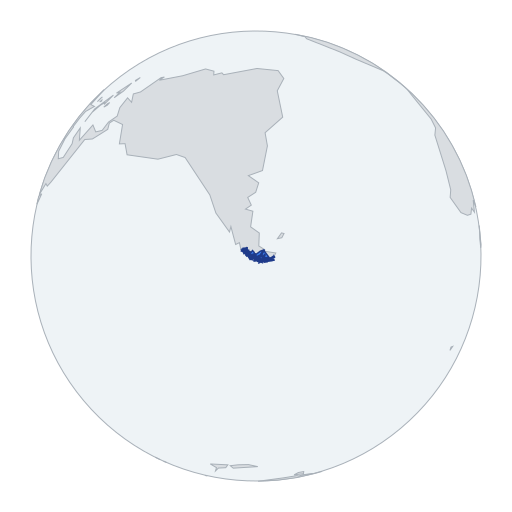 the Earth from above Magallanes y Antártica Chilena, rotated 320°
{"feature_id": "CHL-2692", "entity_name": "Magallanes y Antártica Chilena", "entity_type": "Region", "adm_level": 1, "iso_a3": "CHL", "parent_name": "Chile", "parent_adm1": "", "projection": "orthographic", "projection_center": [-72.604, -52.278], "detail": "fine", "context": "on_globe", "style": "filled", "palette": "blue", "viewbox_px": 512, "rotation_deg": 320, "n_neighbors": 0, "source": "natural_earth", "source_scale": "10m", "svg_char_len": 9223}
<svg xmlns="http://www.w3.org/2000/svg" viewBox="0 0 512 512"><g transform="rotate(320 256 256)"><circle cx="256" cy="256" r="225" fill="#eef3f6" stroke="#a8b0b8"/><path d="M49.4,345.3L49.8,346.0L49.9,346.3L49.4,345.3ZM128.0,70.6L131.9,70.6L125.6,73.6L121.4,75.5L124.7,73.0L124.2,73.3L128.0,70.6ZM246.7,30.9L245.6,31.0L245.3,31.0L246.7,30.9ZM245.2,31.0L246.0,31.1L226.8,33.8L228.4,37.6L218.4,35.7L209.7,37.0L199.1,39.4L199.1,39.9L185.1,43.4L172.2,48.9L167.1,54.4L171.7,56.6L187.3,51.8L192.1,48.1L203.7,44.9L195.1,53.8L215.3,50.8L213.0,57.9L218.9,60.9L229.1,58.6L239.6,59.6L247.1,54.8L259.3,52.3L259.5,58.3L266.2,53.0L273.0,56.1L297.2,58.3L295.4,59.5L315.7,70.8L337.6,80.3L342.6,87.4L340.0,90.1L347.6,93.8L347.7,96.3L377.3,113.0L392.1,128.2L391.4,137.9L378.5,143.1L365.7,166.8L342.2,167.4L335.5,179.0L315.9,194.7L301.8,189.5L305.1,201.7L296.7,207.0L287.3,205.8L285.1,214.0L278.1,213.3L282.4,219.7L270.6,230.2L273.3,240.5L264.6,250.1L266.7,256.6L263.6,256.2L260.2,258.5L259.7,262.2L250.4,256.0L248.2,242.0L251.9,235.1L247.8,234.1L255.7,217.3L251.1,220.6L252.9,197.3L259.9,179.5L265.0,135.0L260.3,127.1L243.1,118.8L222.3,95.6L227.9,85.8L223.4,82.3L238.3,69.5L234.3,60.6L229.1,59.9L223.8,63.7L205.9,61.2L199.7,56.7L146.2,67.6L141.0,68.3L141.6,65.5L129.4,69.7L144.3,60.3L160.0,52.2L176.3,45.3L193.0,39.7L210.2,35.4L227.6,32.5L245.2,31.0ZM227.1,39.6L250.2,41.1L237.0,42.3L239.5,41.4L233.7,40.5L222.8,40.6L211.2,43.1L227.1,39.6ZM237.7,35.6L233.7,35.8L237.6,35.4L237.7,35.6ZM265.9,269.4L251.1,258.3L259.5,263.1L265.5,257.7L273.1,266.4L265.9,269.4ZM283.5,256.5L290.4,254.7L291.9,256.8L287.5,258.6L283.5,256.5ZM456.0,359.8L458.3,352.8L451.5,362.8L451.9,357.9L447.5,362.1L444.1,360.7L440.9,354.5L442.4,335.9L447.7,330.5L456.4,312.7L470.7,278.4L475.9,273.3L478.2,263.7L478.7,232.0L479.0,225.1L477.8,217.1L476.1,210.3L474.1,200.9L472.6,196.0L459.0,169.4L451.4,153.5L434.4,122.1L434.5,119.6L428.5,111.3L438.9,124.5L448.1,138.2L456.2,152.7L463.2,167.6L469.2,183.1L473.9,198.9L477.5,215.1L479.9,231.5L481.1,248.0L481.1,264.5L479.9,281.0L477.4,297.4L473.8,313.5L469.0,329.4L463.0,344.8L456.0,359.8ZM297.9,58.4L300.9,60.0L297.0,59.4L297.9,58.4ZM235.1,44.1L240.0,43.9L242.6,44.4L238.8,44.9L235.1,44.1ZM276.5,44.0L282.1,44.9L276.2,44.8L276.5,44.0ZM253.8,41.5L272.0,43.6L260.5,44.5L249.1,43.6L257.0,43.1L253.8,41.5ZM235.3,37.5L238.3,37.4L237.4,38.1L235.3,37.5ZM240.6,35.4L239.4,35.5L237.9,35.3L240.6,35.4ZM348.6,451.7L343.9,453.0L346.9,451.1L348.6,451.7ZM435.7,391.9L433.4,394.2L438.5,386.7L443.9,379.8L446.6,376.1L435.7,391.9ZM102.2,403.9L101.5,400.1L108.0,404.4L116.1,410.9L122.0,418.5L102.2,403.9ZM154.0,451.8L152.4,453.3L144.5,448.1L149.3,449.1L154.0,451.8ZM96.7,398.7L90.9,394.3L86.8,394.6L89.7,392.7L87.3,385.9L100.2,397.9L96.7,398.7ZM112.8,429.9L134.9,443.9L146.1,450.5L147.4,452.0L152.3,454.4L158.7,458.3L160.8,460.1L165.6,462.3L162.3,460.9L144.9,452.0L128.4,441.6L112.8,429.9ZM164.1,461.7L167.6,463.2L168.2,463.5L164.1,461.7ZM76.3,391.9L75.8,391.2L77.3,393.2L76.3,391.9ZM53.6,354.6L53.4,353.6L54.9,356.9L53.6,354.6ZM49.9,346.3L51.7,350.5L49.4,345.3L49.9,346.3Z" fill="#d9dde1" stroke="#a8b0b8" stroke-width="1"/><path d="M254.5,244.1L253.5,245.2L253.7,247.6L254.7,250.1L256.8,249.6L256.9,251.9L256.4,253.1L257.5,254.8L262.4,255.1L266.0,256.4L266.0,256.6L264.1,255.9L263.0,257.1L260.1,257.8L259.8,261.9L259.1,262.3L256.4,260.4L257.8,259.7L257.9,260.6L257.4,261.0L257.8,260.9L258.0,260.7L258.0,259.7L259.5,258.6L258.9,257.8L257.4,259.3L256.8,259.0L256.1,259.1L257.0,259.6L255.9,260.1L256.6,261.0L254.6,259.8L254.4,259.5L255.7,260.0L255.1,258.2L255.6,257.9L255.8,257.7L255.7,258.3L256.4,258.3L257.1,257.5L258.7,257.5L255.4,256.9L255.1,257.7L255.8,257.5L255.0,258.2L255.1,259.1L254.6,259.3L254.0,258.8L254.6,258.4L253.7,258.1L254.5,258.0L255.3,256.9L254.6,256.6L254.4,257.6L254.1,257.1L254.1,257.4L253.4,257.7L253.9,256.8L253.3,255.0L254.3,255.8L255.0,255.2L254.9,255.8L255.4,255.9L255.5,254.7L256.2,255.8L255.2,256.7L256.2,256.7L256.3,255.7L255.8,254.8L256.3,254.1L255.8,253.3L254.8,252.6L254.4,252.9L256.1,254.0L254.4,253.4L255.1,254.1L254.5,254.4L255.2,254.4L254.5,255.3L254.2,253.8L254.1,253.6L254.3,255.6L253.7,255.1L253.5,254.2L254.1,255.0L253.6,253.9L253.9,253.7L253.3,254.0L252.7,252.6L253.5,253.5L253.3,251.5L252.2,251.8L252.4,250.8L251.9,250.8L253.0,250.8L253.1,249.7L253.8,249.7L253.2,249.3L253.6,248.7L252.4,250.3L251.8,249.0L252.8,249.2L252.5,248.5L250.7,247.8L251.6,247.4L252.0,248.1L252.9,248.2L251.6,247.1L252.8,247.4L252.7,246.5L251.6,246.6L252.3,246.0L251.6,245.7L253.2,246.0L252.1,244.8L252.2,244.2L252.5,244.4L252.8,244.5L252.3,243.5L252.8,243.3L252.3,243.2L251.9,245.2L251.3,244.7L251.4,242.1L254.5,244.1ZM265.0,266.2L264.0,266.7L262.0,265.5L261.9,266.2L261.2,266.1L261.4,265.6L260.2,266.1L260.9,265.3L259.6,265.9L259.8,265.2L259.0,265.5L259.1,264.9L258.5,265.5L257.4,264.8L258.8,264.3L259.5,264.8L260.1,264.1L260.6,264.2L260.3,264.5L260.2,265.2L260.6,264.4L261.6,265.0L259.9,263.3L261.6,264.5L261.9,263.9L262.4,265.1L262.3,264.0L263.7,264.7L263.3,265.4L263.3,265.6L264.2,264.8L262.0,263.3L261.6,262.2L263.6,261.1L263.6,260.4L261.6,260.8L261.0,260.1L261.2,259.0L262.0,258.6L261.2,258.0L262.4,258.4L263.6,256.9L264.3,257.8L265.5,257.7L265.0,266.2ZM249.9,246.7L248.7,244.5L249.5,245.2L249.0,244.3L250.1,244.6L250.3,243.0L249.6,242.5L251.0,242.0L251.3,246.9L250.2,246.8L250.6,246.5L250.2,245.6L250.6,245.7L250.2,245.3L250.8,244.6L249.9,245.1L249.9,246.7ZM266.2,269.5L264.3,268.9L264.5,267.7L264.1,267.9L263.8,267.5L263.8,267.9L263.6,267.4L263.1,267.5L263.7,268.9L262.3,268.0L263.0,267.5L261.8,267.4L262.8,267.4L262.9,267.0L265.4,266.7L265.6,267.2L265.0,267.5L264.0,267.1L265.8,268.0L265.2,268.2L264.8,268.0L264.6,268.0L265.9,268.6L266.2,269.5ZM256.2,263.1L255.1,263.1L255.9,262.2L255.5,262.1L254.4,262.7L254.5,261.7L253.6,261.3L255.2,261.5L254.1,260.7L255.0,260.4L255.3,261.5L255.4,260.6L255.8,261.5L256.3,261.1L257.1,262.0L256.2,263.1ZM266.6,268.0L266.9,268.0L266.0,267.9L265.6,266.7L268.5,267.5L267.9,268.3L266.6,268.0ZM261.0,261.3L261.2,263.0L260.5,262.6L260.7,263.7L260.1,263.3L260.0,262.2L260.6,262.3L260.4,261.7L261.0,261.3ZM254.6,260.1L253.7,260.1L253.0,259.1L252.0,259.3L250.9,258.0L253.6,259.1L254.6,260.1ZM258.2,263.7L258.9,262.7L259.7,263.9L259.2,264.3L258.7,263.2L258.2,263.7ZM257.8,264.1L256.8,262.5L258.2,262.5L257.9,263.4L257.5,262.8L257.8,264.1ZM250.5,247.6L248.9,248.6L249.7,247.7L248.9,247.3L250.5,247.6ZM250.9,250.0L251.6,251.4L251.4,251.0L250.8,251.5L250.2,250.9L251.0,250.8L250.9,250.0ZM253.1,257.7L253.0,257.1L252.2,257.3L253.3,256.5L253.1,257.7ZM261.2,267.1L260.6,267.6L259.6,266.6L261.1,266.4L260.2,266.8L261.2,267.1ZM252.1,250.2L251.1,249.6L251.5,249.2L250.8,249.0L251.5,248.9L251.9,249.7L251.5,249.7L252.1,250.2ZM262.4,267.0L262.5,266.3L263.8,266.7L262.4,267.0ZM249.5,246.8L248.3,246.5L248.6,245.5L249.0,245.6L249.5,246.8ZM251.2,252.0L250.6,252.8L250.1,252.9L250.6,251.9L251.2,252.0ZM250.5,255.0L250.0,254.9L250.6,254.4L250.3,253.6L250.5,253.5L250.8,254.1L250.5,255.0ZM249.7,249.1L249.2,249.4L249.3,250.2L248.9,250.2L248.8,249.1L249.7,249.1ZM249.3,243.3L248.9,243.1L248.5,243.4L248.1,242.9L248.8,242.6L249.3,243.3ZM252.4,256.5L252.3,255.7L251.6,255.5L251.9,255.3L252.8,256.2L252.4,256.5ZM250.1,243.5L250.0,244.3L249.2,243.8L249.5,243.3L250.1,243.5ZM250.1,252.4L249.8,253.3L249.4,253.6L249.6,252.3L250.1,252.4ZM251.3,255.9L250.7,256.4L250.4,255.8L251.3,255.9ZM249.0,243.8L248.2,244.1L249.0,243.2L249.0,243.8ZM253.3,255.7L252.4,255.0L252.4,254.7L253.1,255.2L253.3,255.7ZM252.4,253.1L252.6,254.2L252.0,253.8L252.4,253.1ZM250.6,250.6L250.5,249.7L250.9,250.4L250.6,250.6ZM252.1,254.8L251.4,253.8L252.4,254.5L252.1,254.8ZM259.7,266.5L258.8,266.5L258.6,266.2L259.3,266.1L259.7,266.5ZM253.1,255.9L253.0,256.4L252.4,255.6L253.1,255.9ZM254.2,260.5L254.0,261.1L253.2,260.6L253.7,260.8L254.2,260.5ZM250.9,254.9L250.5,255.4L251.2,254.3L250.9,254.9ZM252.7,254.3L253.3,254.3L253.3,254.9L252.7,254.3ZM267.7,269.4L267.4,270.1L267.1,269.9L267.7,269.4ZM250.1,248.3L250.1,248.8L249.6,249.0L249.7,248.7L250.1,248.3ZM256.2,263.7L256.9,263.4L256.7,263.8L256.2,263.7ZM249.6,242.7L249.2,243.2L249.0,242.4L249.6,242.7ZM267.1,270.2L267.0,270.7L266.3,270.3L267.1,270.2ZM252.1,251.7L251.9,252.0L251.7,250.7L252.1,251.7ZM268.6,268.1L268.7,268.5L268.4,268.3L268.6,268.1ZM251.3,251.1L251.5,251.8L251.1,251.4L251.3,251.1ZM260.8,263.5L261.3,263.6L261.5,263.8L260.8,263.5ZM251.7,245.3L251.2,245.1L251.3,244.9L251.7,245.3ZM249.6,241.8L249.5,242.5L249.2,242.4L249.6,241.8ZM253.6,258.2L254.1,258.7L253.1,258.5L253.6,258.2ZM250.2,254.4L249.9,254.1L250.2,253.9L250.2,254.4ZM250.7,249.0L250.7,248.6L251.1,248.6L250.7,249.0ZM252.3,252.5L252.0,252.6L251.9,252.2L252.3,252.5ZM254.3,262.9L254.7,263.3L254.0,263.1L254.3,262.9ZM269.6,267.9L269.6,268.3L269.3,268.3L269.6,267.9ZM251.3,254.7L251.4,255.0L250.9,255.3L251.3,254.7ZM260.9,266.2L260.6,266.4L260.2,266.3L260.5,266.1L260.9,266.2ZM260.8,263.2L261.3,263.1L261.3,263.3L260.8,263.2ZM250.1,249.7L249.8,250.2L249.8,249.7L250.1,249.7ZM268.6,267.2L269.0,267.7L268.5,267.2L268.6,267.2ZM252.9,252.0L253.1,252.5L252.8,252.2L252.9,252.0ZM256.4,264.0L256.3,264.5L256.1,264.1L256.4,264.0ZM249.8,242.2L249.8,241.8L250.2,241.9L249.8,242.2ZM253.0,253.9L253.0,254.2L252.7,253.6L253.0,253.9ZM251.0,255.6L250.7,255.5L251.2,255.2L251.0,255.6Z" fill="#3b82f6" stroke="#1e3a8a" stroke-width="1.5"/></g></svg>